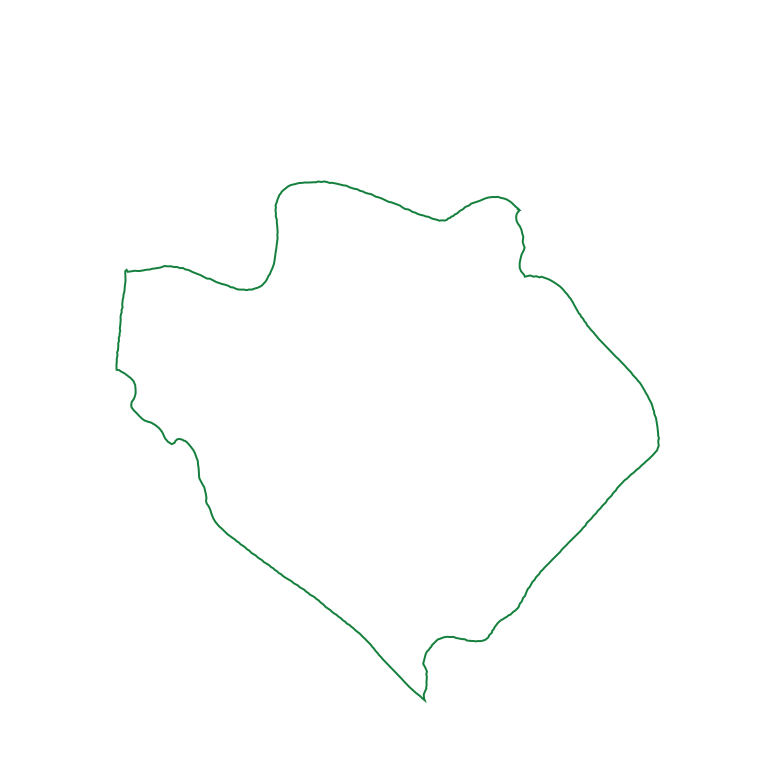 Cidade De Chimoio, Manica, Mozambique (Equal Earth projection), rotated 137°
{"feature_id": "85939544B35135302322965", "entity_name": "Cidade De Chimoio", "entity_type": "district", "adm_level": 2, "iso_a3": "MOZ", "parent_name": "Mozambique", "parent_adm1": "Manica", "projection": "equal_earth", "projection_center": [33.456, -19.135], "detail": "fine", "context": "isolated", "style": "outline", "palette": "green", "viewbox_px": 768, "rotation_deg": 137, "n_neighbors": 0, "source": "geoboundaries", "source_scale": "gbopen_adm2", "svg_char_len": 6166}
<svg xmlns="http://www.w3.org/2000/svg" viewBox="0 0 768 768"><g transform="rotate(137 384 384)"><path d="M190.1,341.7L191.6,346.8L192.5,349.0L195.7,355.1L197.5,355.9L199.1,358.9L201.5,360.6L203.1,363.7L207.8,366.4L207.1,368.1L206.9,372.9L205.6,376.3L202.2,380.0L198.7,382.5L195.2,384.8L190.5,386.5L188.1,387.9L187.0,390.7L185.5,393.5L181.7,396.7L180.4,399.5L178.4,402.9L177.1,406.6L176.7,409.9L175.8,412.8L173.6,415.9L171.4,417.6L169.0,418.4L166.7,418.5L166.8,419.3L166.3,418.9L166.3,420.5L166.7,423.1L166.9,426.2L167.0,429.3L167.5,432.1L168.3,435.0L169.7,437.8L171.5,440.2L172.9,443.0L175.0,444.7L176.9,446.6L180.8,449.4L184.4,451.1L189.1,452.7L197.3,456.5L199.5,456.4L203.8,458.0L207.4,458.0L209.9,458.8L212.1,458.9L214.4,458.9L216.6,459.7L218.7,459.6L220.6,460.5L222.3,460.4L224.2,461.3L226.0,461.2L228.0,462.0L229.8,464.0L232.1,465.7L233.7,468.7L235.3,470.9L236.5,473.3L237.4,475.9L239.2,478.1L240.1,480.2L241.7,482.4L243.4,485.4L244.2,488.0L245.8,490.4L246.5,493.3L247.2,495.2L249.0,497.2L249.9,500.0L250.6,503.5L251.5,505.4L254.7,511.8L256.3,513.9L259.0,520.9L260.6,524.1L262.2,526.5L264.0,531.8L265.8,534.1L267.4,537.0L268.1,539.1L269.9,541.9L270.6,544.4L272.8,547.4L275.1,551.5L276.2,554.6L278.3,557.1L281.8,562.5L285.0,566.9L286.5,567.9L288.2,571.0L289.6,572.9L292.2,574.6L294.0,577.0L296.0,577.8L298.1,579.7L302.7,583.6L304.6,585.5L306.3,586.6L308.8,588.7L310.4,589.7L312.3,590.6L316.1,592.9L318.5,593.7L321.0,594.1L322.9,594.1L325.1,594.4L327.7,594.4L329.9,593.7L331.8,593.6L333.4,592.7L335.2,592.0L339.2,589.7L341.4,588.7L342.9,586.5L344.4,585.6L346.8,582.4L348.8,580.4L350.3,577.3L352.2,575.3L354.7,571.9L358.6,567.2L360.1,566.0L362.7,562.9L367.3,559.2L369.8,557.0L373.7,554.0L380.9,548.1L382.6,546.9L386.0,545.1L390.5,543.2L392.7,542.1L394.2,542.0L398.3,540.4L400.6,539.7L406.4,539.3L408.7,539.9L411.1,540.7L412.7,541.6L416.3,543.2L418.2,545.1L420.3,546.2L422.1,548.6L426.1,552.4L427.6,555.2L428.5,557.6L430.0,559.1L430.9,562.0L432.4,564.8L434.7,568.3L435.6,570.2L437.0,572.6L439.5,579.8L441.5,581.7L443.1,586.1L443.8,588.5L447.7,596.5L448.7,599.4L449.6,601.3L451.1,603.2L452.0,606.1L454.1,607.8L455.6,610.8L457.8,612.8L459.3,615.1L461.7,617.3L464.0,619.9L468.2,621.7L472.4,624.5L475.0,626.4L477.2,627.4L479.5,629.4L484.2,632.3L486.5,634.0L489.0,636.8L490.7,637.9L494.9,640.8L494.4,643.0L496.3,643.0L502.6,635.8L507.3,631.9L509.4,629.9L511.6,628.1L513.5,627.1L515.3,625.3L517.2,624.2L521.6,620.3L522.9,618.3L525.5,617.1L527.0,615.3L528.8,614.4L531.1,612.6L532.7,610.6L537.4,606.3L539.1,605.1L540.8,602.6L542.7,601.5L544.7,599.5L546.6,598.6L548.4,596.3L550.5,595.1L552.7,592.7L555.4,590.2L557.5,589.2L559.3,586.8L562.5,584.5L564.2,582.5L566.4,580.7L569.9,576.8L568.2,574.7L567.7,572.1L566.5,568.7L565.2,560.8L565.2,557.1L566.7,552.9L569.6,549.2L572.2,546.4L574.9,544.7L577.3,543.6L580.6,543.0L583.3,541.0L584.6,539.0L585.0,534.8L584.8,532.0L584.8,527.7L584.6,523.3L583.9,520.4L582.3,517.3L580.6,514.5L579.2,509.7L578.6,504.9L579.0,500.1L581.2,493.6L581.4,489.1L580.3,484.9L577.6,483.8L575.2,484.6L573.2,484.6L571.2,483.5L569.4,480.7L569.0,478.9L568.3,478.2L567.9,475.9L567.9,472.8L568.1,469.7L568.5,466.0L569.4,462.4L571.2,458.4L572.5,455.0L574.7,452.2L577.3,448.5L583.3,441.2L584.8,435.8L585.9,431.0L589.0,425.6L591.6,421.7L593.8,420.0L595.2,417.5L595.6,414.3L596.7,410.7L598.7,406.7L600.4,402.5L601.3,398.5L601.7,392.6L601.3,389.2L600.9,380.8L599.8,375.1L599.1,372.1L599.0,369.6L598.3,367.2L598.2,364.2L597.5,362.0L596.9,358.9L596.9,356.5L596.2,354.3L596.1,350.8L594.7,345.8L594.6,342.9L593.3,338.1L593.3,335.7L591.6,330.0L591.4,326.9L590.7,324.8L590.6,322.6L589.9,319.7L589.9,317.5L589.0,315.1L588.9,312.9L588.2,309.6L586.7,304.8L586.0,302.0L585.9,299.8L584.3,295.2L584.3,293.0L582.6,287.8L582.6,285.4L581.9,282.9L581.8,280.3L580.9,277.9L580.2,275.5L580.1,273.3L579.4,270.3L579.3,267.0L578.8,264.8L578.7,260.6L577.4,254.9L577.4,252.7L576.8,249.6L576.1,247.5L576.0,245.0L575.3,242.2L575.2,239.4L574.5,236.5L574.5,233.8L573.6,231.5L573.5,229.3L572.9,226.0L572.9,223.8L572.5,220.9L572.0,218.5L571.9,213.7L571.7,210.8L571.5,202.5L571.8,200.3L571.8,197.4L572.2,194.5L572.2,191.2L572.5,189.2L572.4,185.9L572.6,183.3L572.1,156.0L572.2,153.4L572.1,145.4L571.4,136.7L570.5,131.6L570.4,128.8L569.9,125.0L569.1,126.8L566.7,129.8L563.6,131.3L560.7,132.4L560.2,133.2L558.0,134.9L556.1,137.2L554.1,138.9L551.9,141.2L551.3,142.6L548.7,144.4L547.4,147.8L546.2,152.6L537.8,158.0L535.1,159.0L532.7,159.0L530.8,159.5L528.7,159.6L526.8,160.3L518.9,160.5L517.3,159.7L512.7,157.8L510.0,155.9L508.3,153.9L505.8,151.8L504.4,149.0L500.9,144.2L498.9,142.1L498.2,139.7L495.7,136.9L494.0,135.2L492.4,133.2L490.7,132.0L488.4,129.8L484.7,127.9L482.1,127.6L480.2,127.6L478.4,128.5L474.6,128.6L472.9,129.8L471.0,129.8L468.6,130.8L466.3,131.1L464.1,131.6L461.9,131.6L459.6,131.5L457.4,130.9L455.0,130.5L452.7,129.9L450.6,129.9L448.9,129.1L444.6,129.2L442.7,128.8L438.2,128.9L434.1,130.8L431.9,130.9L427.8,132.8L425.5,132.8L420.9,135.1L418.3,136.1L416.1,136.1L410.5,138.0L407.5,138.1L404.6,139.0L399.9,139.2L397.9,139.9L393.8,140.0L391.5,140.3L384.3,140.5L382.4,140.7L369.1,141.1L367.1,141.6L359.8,141.8L358.1,142.0L339.8,142.5L337.1,143.0L333.0,143.1L330.7,144.1L323.7,144.2L321.4,144.7L317.0,144.8L314.2,145.4L309.9,145.5L307.5,146.0L302.3,146.1L299.8,147.0L293.4,147.2L291.2,147.9L286.7,148.1L284.6,148.8L282.2,149.0L277.9,149.2L275.5,149.4L273.4,149.5L271.0,149.1L264.6,149.3L262.2,148.9L257.4,149.0L255.0,148.6L250.5,148.8L247.9,148.6L244.0,148.7L241.7,148.5L235.5,148.7L229.3,149.3L227.4,150.5L225.2,151.4L223.5,153.9L221.8,155.7L220.1,156.6L218.8,159.1L217.1,161.1L213.1,166.4L208.3,173.6L206.7,177.8L205.0,180.1L204.3,182.1L202.8,184.8L201.5,187.7L200.1,193.2L199.2,195.8L198.6,199.0L197.8,201.8L196.5,207.6L196.0,210.7L196.1,212.9L195.8,215.5L195.9,220.8L195.4,223.7L195.5,229.4L195.4,231.8L195.5,242.6L195.8,244.8L196.2,271.2L195.9,274.1L195.9,276.5L195.6,278.7L195.7,282.9L195.4,285.7L195.5,288.4L194.6,290.8L194.7,292.8L193.9,295.9L193.9,298.8L193.2,300.8L193.3,302.9L192.5,305.8L191.8,308.9L191.0,312.1L190.4,314.1L189.3,319.3L189.3,321.6L188.8,324.6L188.9,327.7L188.6,330.0L188.6,332.6L188.8,335.6L190.1,341.7Z" fill="none" stroke="#15803d" stroke-width="2"/></g></svg>